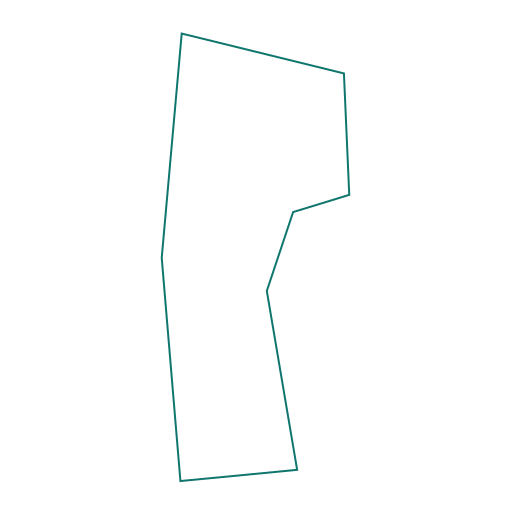 outline of Ngaraard, rotated 179°
{"feature_id": "PLW-5251", "entity_name": "Ngaraard", "entity_type": "state/province", "adm_level": 1, "iso_a3": "PLW", "parent_name": "Palau", "parent_adm1": "", "projection": "orthographic", "projection_center": [134.644, 7.639], "detail": "fine", "context": "isolated", "style": "outline", "palette": "teal", "viewbox_px": 512, "rotation_deg": 179, "n_neighbors": 0, "source": "natural_earth", "source_scale": "10m", "svg_char_len": 271}
<svg xmlns="http://www.w3.org/2000/svg" viewBox="0 0 512 512"><g transform="rotate(179 256 256)"><path d="M335.5,32.3L350.3,255.8L326.4,479.7L164.9,437.0L161.7,315.5L218.1,299.3L245.8,220.9L218.6,41.5L335.5,32.3Z" fill="none" stroke="#0f766e" stroke-width="2"/></g></svg>